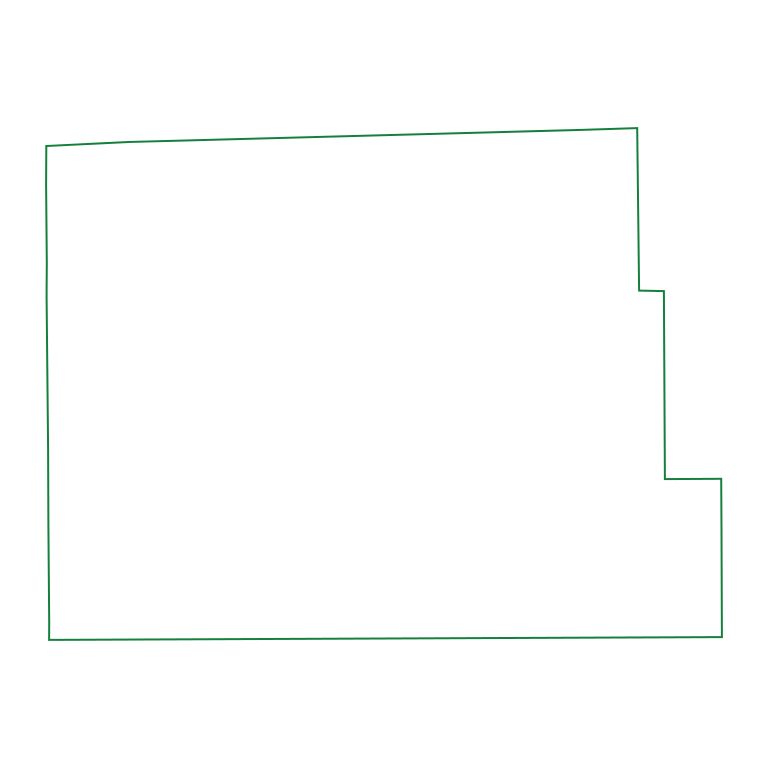 outline of Williams, Ohio, United States of America
{"feature_id": "52423323B84599741370960", "entity_name": "Williams", "entity_type": "district", "adm_level": 2, "iso_a3": "USA", "parent_name": "United States of America", "parent_adm1": "Ohio", "projection": "natural_earth1", "projection_center": [-84.66, 41.566], "detail": "fine", "context": "isolated", "style": "outline", "palette": "green", "viewbox_px": 768, "rotation_deg": 0, "n_neighbors": 0, "source": "geoboundaries", "source_scale": "gbopen_adm2", "svg_char_len": 389}
<svg xmlns="http://www.w3.org/2000/svg" viewBox="0 0 768 768"><path d="M46.3,146.0L46.1,185.4L46.8,262.5L46.8,264.3L46.6,291.6L46.6,297.8L48.1,449.3L48.1,449.5L48.3,503.9L48.4,526.1L49.2,622.5L49.1,639.7L49.1,639.9L721.9,637.1L721.5,531.1L721.2,478.8L664.9,479.1L663.9,291.1L639.1,290.6L637.2,128.1L581.2,129.9L127.9,142.0L46.3,146.0Z" fill="none" stroke="#15803d" stroke-width="2"/></svg>